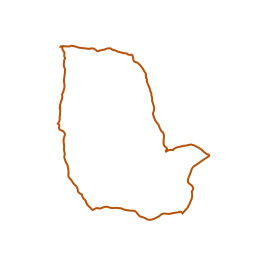 outline of Palmas Del Socorro, Santander, Colombia, rotated 254°
{"feature_id": "7082276B11851573676927", "entity_name": "Palmas Del Socorro", "entity_type": "district", "adm_level": 2, "iso_a3": "COL", "parent_name": "Colombia", "parent_adm1": "Santander", "projection": "orthographic", "projection_center": [-73.283, 6.386], "detail": "fine", "context": "isolated", "style": "outline", "palette": "amber", "viewbox_px": 256, "rotation_deg": 254, "n_neighbors": 0, "source": "geoboundaries", "source_scale": "gbopen_adm2", "svg_char_len": 5738}
<svg xmlns="http://www.w3.org/2000/svg" viewBox="0 0 256 256"><g transform="rotate(254 128 128)"><path d="M31.0,156.9L31.3,157.3L31.5,157.8L31.7,158.0L32.1,158.6L32.3,159.0L32.6,159.4L33.2,160.4L34.2,162.1L34.4,162.4L34.7,162.9L35.7,164.0L38.1,166.2L39.0,166.9L40.4,168.1L41.7,169.2L43.0,170.0L44.0,170.6L46.3,171.3L47.8,171.6L48.5,171.7L48.9,171.7L49.5,172.0L49.8,172.3L50.2,172.8L50.7,173.3L51.3,173.8L51.9,174.0L52.3,174.0L53.6,173.9L54.6,173.7L55.5,173.3L57.2,171.9L57.8,171.4L58.4,171.1L59.0,170.9L59.4,170.8L59.8,170.9L60.9,171.0L61.8,171.4L62.7,171.9L63.8,172.6L65.4,174.0L68.8,176.5L69.8,177.2L70.6,177.7L71.6,178.6L71.9,179.0L72.4,179.7L72.8,180.4L73.4,182.0L73.9,183.8L74.2,184.6L74.5,185.6L74.9,186.6L75.4,187.9L76.0,189.7L76.3,190.8L77.1,192.9L77.6,194.6L77.8,195.2L78.0,195.9L78.4,197.3L78.9,198.3L79.3,198.5L79.7,198.5L80.1,198.3L80.7,197.4L80.9,197.0L81.3,196.4L81.9,196.0L82.3,195.8L83.9,194.5L84.7,194.0L87.0,192.6L87.9,191.9L88.6,191.3L89.5,190.5L90.9,189.1L91.6,188.3L92.3,187.7L93.4,186.3L93.8,185.6L94.5,184.5L94.7,184.1L94.8,183.6L95.0,182.0L95.0,181.0L95.0,180.1L95.1,179.1L95.2,178.2L95.6,176.3L95.6,174.6L95.7,173.0L95.8,170.7L95.8,170.0L95.8,169.1L95.5,167.6L95.3,166.9L95.2,166.3L94.9,165.8L94.5,165.3L94.4,165.1L94.5,164.9L94.6,164.5L95.1,163.2L95.4,162.3L95.4,161.8L95.4,160.6L95.3,160.3L95.1,159.4L94.8,158.4L94.8,158.1L95.5,158.0L95.8,158.1L96.0,158.3L96.3,158.8L96.5,159.2L96.7,159.5L97.0,159.6L97.7,159.8L98.3,159.6L99.1,159.1L100.6,158.1L101.0,158.0L102.3,157.8L103.1,157.9L103.9,158.0L104.8,158.4L105.7,158.6L107.0,159.1L108.0,159.5L109.7,160.2L110.5,160.4L111.8,160.5L112.9,160.5L113.6,160.5L114.4,160.2L114.9,159.8L115.3,159.5L115.9,159.2L117.1,159.0L118.2,158.6L121.7,158.3L122.2,158.3L123.4,157.9L124.9,157.3L127.3,156.4L128.5,156.1L129.2,156.1L130.4,156.1L131.6,155.7L132.2,156.0L132.9,156.0L133.6,155.9L134.1,155.8L135.1,156.0L136.0,156.6L137.1,157.4L138.6,158.1L139.9,158.7L141.3,158.9L142.5,158.7L144.6,158.9L146.1,158.8L146.8,158.6L147.8,158.7L148.9,159.1L149.7,159.4L150.9,159.5L152.2,159.5L153.3,159.6L154.0,159.7L155.2,160.1L155.3,160.1L155.7,160.0L156.0,159.9L156.5,159.7L157.1,159.6L157.7,159.7L158.2,159.8L158.9,159.8L159.7,159.9L160.2,159.7L161.1,159.7L162.2,159.5L164.1,159.2L166.5,159.1L167.5,158.9L168.1,159.1L168.7,159.4L169.8,159.6L170.3,159.6L170.6,159.4L170.9,159.2L171.3,159.2L171.8,159.2L172.1,159.5L172.7,159.6L173.8,159.6L174.2,159.9L174.8,160.1L175.7,160.0L177.3,159.5L178.2,159.1L179.3,159.0L180.6,158.6L182.0,158.2L182.9,157.8L185.0,157.0L187.3,155.6L188.5,154.7L189.0,153.9L189.3,153.3L190.2,152.3L191.0,152.0L191.7,152.0L193.0,152.1L193.9,152.2L196.3,152.3L196.8,152.2L197.3,152.0L197.5,151.4L197.7,150.1L198.1,149.2L198.6,148.3L199.1,147.8L199.6,147.6L200.0,147.2L200.4,146.5L201.1,144.8L201.4,143.9L202.8,141.7L203.5,140.6L204.3,139.2L205.2,138.3L205.8,137.4L206.4,136.4L207.3,135.0L207.9,134.3L208.4,133.8L208.9,133.4L209.2,133.2L209.5,133.0L209.7,132.1L210.1,130.5L210.2,129.6L210.1,128.8L210.0,127.9L209.9,127.2L209.9,126.6L210.1,125.3L210.1,124.3L210.2,123.2L210.1,121.4L210.1,120.9L210.2,119.9L210.3,119.6L211.0,119.1L211.7,118.8L212.1,118.4L213.1,117.6L213.7,116.9L214.1,116.3L214.4,115.6L214.6,114.9L214.7,113.4L214.8,112.5L215.1,111.5L215.5,110.6L215.8,110.1L216.3,108.9L216.8,107.6L217.3,106.4L218.3,104.0L218.8,102.9L219.3,102.2L219.9,101.3L220.3,100.8L220.8,99.8L221.6,98.5L222.1,97.3L222.6,96.5L222.7,95.8L222.5,94.8L222.5,94.2L222.7,93.5L223.3,91.6L223.7,90.5L224.1,89.3L224.5,88.6L224.7,87.8L224.8,87.3L225.0,86.8L225.0,86.4L224.9,85.9L224.7,85.6L224.3,86.6L223.7,87.2L223.2,87.1L222.1,86.7L221.3,86.7L220.6,86.9L219.5,87.3L218.3,87.6L217.2,87.5L216.6,87.3L216.0,87.0L215.5,86.7L214.7,86.5L213.5,86.6L212.7,86.8L212.2,86.6L211.6,86.1L210.9,85.4L209.4,84.8L207.0,83.9L204.9,83.4L204.0,83.5L202.9,83.7L201.5,83.5L198.6,82.6L196.3,81.6L194.3,80.8L191.8,79.6L189.1,79.1L187.4,78.9L185.7,78.5L184.0,77.8L182.9,77.1L182.4,76.7L181.4,76.4L180.7,75.8L179.6,74.9L178.5,73.9L178.0,73.8L176.4,73.6L175.5,73.1L174.7,72.9L173.5,72.2L173.0,71.5L171.7,70.8L168.9,69.1L167.8,68.5L167.5,68.5L166.7,68.6L166.5,68.3L166.2,67.9L165.7,67.8L165.4,67.8L165.3,68.2L161.9,67.2L158.2,65.7L156.3,64.9L155.2,64.8L153.4,63.9L152.2,62.5L151.5,61.7L151.0,62.3L150.4,62.7L149.6,62.8L147.1,61.7L146.2,61.6L145.0,62.2L142.7,64.8L141.8,65.2L140.7,65.7L139.6,65.7L137.9,64.9L136.4,63.9L134.7,62.9L132.5,62.3L131.1,62.1L128.3,61.7L125.8,60.8L124.6,60.5L120.9,60.1L119.7,59.7L117.5,58.7L116.6,58.6L114.9,58.7L112.6,58.8L112.0,58.8L109.9,59.4L108.4,59.6L105.9,59.3L104.0,59.2L102.1,58.7L100.5,58.2L98.8,57.6L97.6,57.5L96.6,57.7L95.1,58.4L93.4,59.2L91.0,59.9L89.4,60.4L87.9,61.3L86.6,62.0L85.7,62.4L84.5,62.6L83.4,62.7L82.0,62.6L81.0,62.5L80.5,62.5L79.0,63.2L77.8,64.3L77.0,65.1L76.8,65.4L76.6,65.4L76.1,65.3L74.7,65.3L73.0,65.6L71.7,66.2L70.1,67.1L69.0,67.4L68.7,67.4L68.3,67.2L67.8,67.2L67.1,67.4L66.6,67.6L65.7,67.6L64.9,68.0L63.6,68.7L62.0,69.6L60.9,70.3L59.7,70.9L58.8,71.6L59.3,73.2L59.6,74.4L59.7,75.2L59.5,76.3L58.7,78.0L58.5,78.4L58.3,79.3L58.4,81.1L58.6,83.2L58.5,84.4L58.4,85.4L57.6,87.0L56.8,88.1L56.2,89.0L55.7,90.1L55.2,91.6L54.7,93.6L54.5,94.5L54.3,95.3L54.0,95.9L53.6,96.6L53.5,97.0L53.3,97.9L52.8,99.1L52.0,100.1L50.6,101.8L49.4,104.1L48.2,106.8L47.1,110.0L46.1,111.9L44.8,112.8L42.1,113.7L41.3,114.3L40.7,114.6L40.0,114.9L39.4,115.7L38.9,116.5L37.6,118.4L36.9,119.4L35.2,120.9L34.0,122.7L33.7,123.7L33.5,124.8L33.5,127.7L33.7,129.3L34.4,133.1L35.6,135.9L35.9,136.6L35.9,138.6L35.8,139.3L35.5,140.2L35.1,140.9L34.7,142.0L34.4,142.9L34.0,144.2L33.9,145.2L33.9,146.5L33.7,147.9L33.7,149.2L33.5,150.2L33.4,151.3L33.2,152.0L33.1,152.9L33.2,153.8L33.2,154.4L33.2,154.8L33.2,155.3L32.9,155.7L32.4,156.2L31.3,156.8L31.0,156.9Z" fill="none" stroke="#b45309" stroke-width="2"/></g></svg>